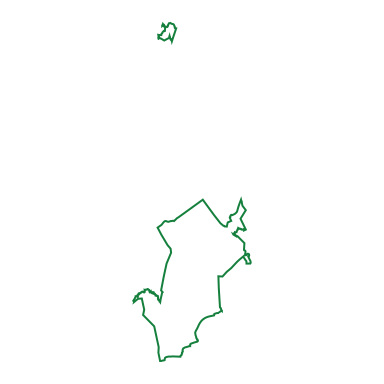 Santo Domingo Tehuantepec, Oaxaca, Mexico
{"feature_id": "50627088B71945417585230", "entity_name": "Santo Domingo Tehuantepec", "entity_type": "district", "adm_level": 2, "iso_a3": "MEX", "parent_name": "Mexico", "parent_adm1": "Oaxaca", "projection": "equal_earth", "projection_center": [-95.387, 16.448], "detail": "fine", "context": "isolated", "style": "outline", "palette": "green", "viewbox_px": 384, "rotation_deg": 0, "n_neighbors": 0, "source": "geoboundaries", "source_scale": "gbopen_adm2", "svg_char_len": 5650}
<svg xmlns="http://www.w3.org/2000/svg" viewBox="0 0 384 384"><path d="M202.8,199.7L178.6,217.2L177.1,218.1L174.0,221.1L173.1,220.7L171.4,221.1L171.0,221.0L168.5,221.8L167.6,221.7L165.8,221.0L164.6,221.3L163.5,222.3L161.6,224.8L157.6,227.6L161.4,234.8L167.6,245.2L169.0,246.8L170.6,248.7L171.1,252.7L166.6,263.5L164.0,275.4L161.1,290.4L162.6,292.1L162.2,292.4L160.7,299.0L160.2,302.2L159.8,301.6L159.5,301.5L159.5,301.3L159.8,301.0L159.7,300.8L159.5,300.7L159.4,300.5L159.3,300.4L158.8,300.2L158.7,300.1L158.6,299.7L158.8,299.5L158.5,299.3L158.2,299.5L157.9,298.9L158.0,298.5L158.0,297.7L158.2,297.2L158.0,296.9L157.9,296.8L157.9,296.2L157.4,296.2L157.1,295.7L156.7,295.4L156.4,295.7L156.2,295.8L155.9,295.5L155.6,295.5L155.6,295.0L155.3,294.6L155.1,294.1L154.8,294.2L154.6,293.9L154.4,293.6L154.2,293.9L154.0,293.7L153.7,293.4L153.5,293.5L153.4,293.4L153.4,293.2L153.1,293.5L152.8,293.2L152.6,292.9L152.3,292.8L152.3,292.6L152.1,292.6L152.1,292.3L152.2,292.1L151.7,292.1L151.6,292.4L151.2,292.4L151.2,292.7L150.7,292.4L150.4,292.2L150.5,291.6L150.1,291.9L150.0,291.7L149.9,291.8L149.8,291.4L149.9,290.9L149.6,290.6L149.4,290.2L149.2,290.2L149.1,290.4L148.9,289.8L147.8,289.0L147.3,289.1L146.9,289.7L145.6,289.7L145.1,290.2L144.9,290.2L144.6,290.0L144.6,290.9L144.8,291.8L144.3,292.0L144.0,292.4L143.6,292.1L143.4,292.1L143.3,291.9L143.0,292.0L142.8,291.8L142.7,291.9L142.0,291.7L141.4,292.0L141.2,292.5L140.9,292.6L140.6,293.0L140.3,292.9L139.8,293.1L139.3,293.2L139.3,293.4L139.4,293.5L139.5,293.8L139.4,294.0L139.2,294.2L138.8,293.8L138.8,293.5L138.6,293.5L138.3,294.3L138.3,294.6L138.3,294.9L138.2,295.0L138.1,294.9L137.8,294.8L137.6,295.0L137.8,295.2L137.7,295.5L137.8,295.8L137.8,296.1L137.9,296.4L137.9,296.7L137.6,296.8L137.5,296.6L137.2,296.5L136.9,296.2L136.8,296.3L136.4,296.4L136.3,296.2L136.2,296.2L135.7,296.2L135.7,296.3L135.6,296.6L134.7,298.7L134.0,299.6L133.3,300.8L133.6,301.1L134.2,301.1L134.0,302.1L138.0,298.8L141.8,298.5L144.2,309.7L143.1,315.0L154.2,326.3L158.7,347.2L158.4,352.7L160.1,361.0L161.6,360.9L162.1,360.7L162.5,360.6L162.8,360.5L164.0,360.4L164.7,360.0L164.7,359.8L164.6,359.6L164.7,359.1L165.1,357.8L165.8,357.3L167.3,356.8L169.2,356.5L170.6,356.6L172.6,356.4L180.3,356.7L180.3,356.3L180.4,355.9L180.8,355.5L181.1,355.5L181.5,355.1L181.5,354.7L181.8,354.2L181.9,353.8L182.1,353.6L182.1,353.4L181.9,353.3L181.9,352.9L182.0,352.6L182.4,352.3L182.5,351.8L182.7,351.5L182.5,351.3L182.5,351.1L182.5,350.8L182.8,349.9L182.7,349.4L183.3,348.4L184.8,347.5L189.7,346.1L189.9,346.1L189.7,345.6L190.3,345.0L190.3,344.8L190.2,344.9L190.2,344.6L190.3,344.3L190.6,343.9L190.9,343.7L193.9,342.6L197.1,341.7L197.4,341.6L197.9,341.0L197.9,340.4L197.5,339.6L197.2,339.6L196.8,338.7L196.7,338.8L196.2,337.6L196.1,336.5L195.6,335.4L195.4,334.0L195.3,333.6L195.2,332.7L195.3,332.2L196.0,330.5L197.0,328.9L198.9,324.8L199.9,323.0L201.4,320.9L203.1,319.3L205.2,317.9L207.3,317.0L208.9,316.5L214.1,315.4L214.1,314.8L214.2,314.3L214.3,314.0L214.7,313.8L216.4,313.2L218.9,312.9L219.1,312.9L219.1,313.1L219.1,312.8L219.2,312.6L219.3,312.4L219.3,312.2L219.6,311.9L220.5,311.4L221.0,311.2L221.4,310.9L221.7,310.6L221.8,310.7L221.9,310.8L221.9,310.6L221.7,310.5L221.1,309.6L221.1,309.0L220.7,308.0L220.0,307.5L218.8,288.3L218.4,276.3L222.5,276.5L226.8,271.8L231.2,268.1L237.1,261.8L239.6,259.5L243.7,256.1L243.6,257.3L244.7,258.8L245.5,260.2L246.0,260.6L246.3,261.1L246.4,261.5L246.5,263.6L248.4,263.6L249.8,263.5L250.1,263.6L250.7,262.8L250.5,261.2L249.1,258.5L248.2,256.4L248.9,256.3L249.2,255.2L249.0,254.3L248.8,254.1L247.9,253.7L247.1,254.1L246.2,255.1L245.8,255.3L245.6,255.2L245.2,254.5L245.1,254.0L245.4,252.8L245.5,251.3L245.1,250.6L244.2,250.3L244.0,249.8L244.4,243.1L237.7,236.4L237.2,236.1L236.7,236.6L236.3,236.4L236.0,235.9L236.0,236.1L235.0,235.6L234.4,235.1L233.4,234.6L233.3,234.4L233.6,234.6L233.8,234.3L233.7,234.1L233.9,233.8L233.8,233.7L234.2,233.1L234.7,233.2L234.9,232.2L235.5,232.4L236.1,232.2L236.5,232.2L236.7,231.1L237.0,230.9L237.3,230.0L237.5,230.1L237.7,229.8L237.6,229.7L238.2,227.9L239.1,228.5L239.6,228.9L240.1,228.9L240.2,228.7L240.7,228.9L240.8,229.1L241.2,229.4L241.4,229.2L241.9,229.6L243.5,229.7L243.6,229.2L244.5,229.5L244.3,230.3L245.8,229.6L240.5,218.7L245.8,210.2L242.5,205.8L242.2,204.6L241.6,201.1L241.2,200.6L241.0,199.7L239.7,203.1L238.5,206.5L237.0,211.7L236.2,212.7L234.7,214.0L232.3,215.1L231.7,214.9L231.2,214.9L231.0,215.0L230.7,215.4L230.0,216.9L230.3,217.1L229.8,217.8L231.2,220.9L227.8,222.4L227.5,223.4L226.8,226.6L224.6,226.4L224.3,225.9L223.5,225.8L223.1,225.5L220.4,223.2L213.9,214.9L202.8,199.7ZM158.2,34.8L158.2,35.0L158.9,36.4L159.0,36.7L158.4,37.0L158.3,37.4L158.4,37.6L158.4,38.7L158.5,38.8L159.6,37.9L160.3,38.3L161.9,39.1L164.2,40.5L169.1,37.9L169.4,36.2L169.5,35.9L169.6,36.4L169.9,36.6L170.1,38.3L170.4,38.9L170.6,39.6L170.9,39.9L171.3,39.3L171.5,39.5L171.9,41.3L173.0,37.8L176.2,28.3L175.8,28.2L175.3,28.3L174.9,28.1L174.7,27.4L174.8,26.7L174.7,26.4L174.4,26.2L174.1,25.1L173.5,24.3L173.0,24.2L172.8,24.0L171.9,23.9L170.6,23.1L170.4,23.0L170.1,23.3L169.8,23.3L169.7,23.1L169.2,23.1L168.9,23.4L168.0,25.1L168.1,25.5L167.6,26.7L167.3,27.0L167.0,27.0L166.6,26.7L166.3,26.9L165.7,27.0L165.3,26.9L165.1,26.4L164.5,26.4L164.3,26.2L164.3,25.8L164.1,25.5L164.0,24.8L163.8,24.7L163.6,24.7L163.2,24.4L163.0,24.1L162.9,24.5L162.7,24.5L162.6,24.9L162.2,25.4L162.2,25.9L162.3,25.8L162.4,25.5L162.6,25.5L162.9,25.9L163.1,25.9L163.5,25.8L163.6,26.1L163.9,26.2L163.9,26.3L164.7,27.2L165.0,27.4L165.2,28.2L164.9,29.1L165.0,30.0L164.9,31.0L164.5,31.2L163.7,31.0L162.6,32.2L162.3,32.8L162.2,33.3L161.5,33.8L161.3,35.1L159.0,35.0L158.2,34.8Z" fill="none" stroke="#15803d" stroke-width="2"/></svg>